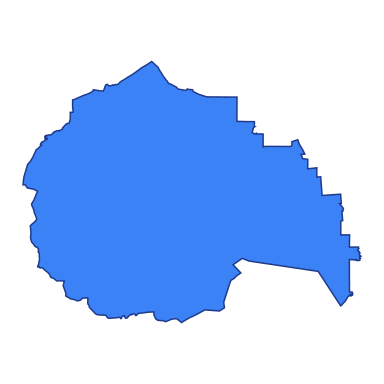 Demenes pag., Daugavpils, Latvia
{"feature_id": "27541924B73785369996962", "entity_name": "Demenes pag.", "entity_type": "district", "adm_level": 2, "iso_a3": "LVA", "parent_name": "Latvia", "parent_adm1": "Daugavpils", "projection": "orthographic", "projection_center": [26.568, 55.742], "detail": "fine", "context": "isolated", "style": "filled", "palette": "blue", "viewbox_px": 384, "rotation_deg": 0, "n_neighbors": 0, "source": "geoboundaries", "source_scale": "gbopen_adm2", "svg_char_len": 5542}
<svg xmlns="http://www.w3.org/2000/svg" viewBox="0 0 384 384"><path d="M45.8,135.5L45.7,135.8L45.9,136.2L45.9,136.3L45.8,136.5L45.5,136.3L45.4,136.1L44.9,136.2L44.8,136.3L44.9,136.5L45.0,136.6L45.1,136.9L45.2,137.2L45.2,137.4L44.9,137.7L44.9,138.2L45.0,138.4L45.2,138.7L45.4,138.8L45.9,138.5L46.2,138.0L46.3,137.9L46.6,137.9L47.0,138.1L47.3,138.4L47.3,138.6L47.2,138.8L46.9,139.1L46.7,139.4L46.4,139.6L46.1,139.2L45.9,139.2L45.4,139.1L45.2,139.1L45.2,139.5L44.9,140.2L44.7,140.7L44.5,140.8L44.2,141.0L43.6,141.2L43.4,141.4L43.3,141.5L43.3,141.8L42.8,142.1L42.5,142.0L42.1,141.9L41.8,142.1L41.6,142.4L41.4,142.8L40.8,143.5L40.5,144.0L40.4,144.7L41.5,145.2L38.8,147.6L37.8,148.7L36.2,149.7L34.9,152.7L33.5,155.6L33.2,156.5L30.4,161.3L27.6,164.5L24.0,176.7L23.5,180.0L23.2,183.1L23.2,184.3L23.0,184.8L25.0,184.7L27.4,188.0L33.0,189.1L33.6,189.2L37.6,191.2L36.4,193.8L34.7,198.1L34.1,199.4L34.1,199.8L32.9,201.7L31.6,203.9L31.6,204.2L32.0,206.0L32.8,207.4L34.0,210.7L33.9,210.9L34.5,213.3L35.1,214.5L36.3,217.5L36.7,219.8L35.9,220.5L34.9,221.6L32.0,224.1L30.3,225.8L30.4,227.3L30.6,228.4L31.0,233.8L30.6,235.9L30.6,238.6L31.4,241.3L31.9,242.4L34.0,244.6L34.6,245.9L34.9,246.4L36.3,247.0L37.3,247.5L38.5,249.0L38.3,252.3L39.2,252.9L39.3,255.4L39.3,256.7L39.5,258.4L39.4,261.0L39.2,261.0L38.8,263.3L38.4,264.9L38.0,265.5L37.7,266.8L38.3,266.8L38.5,266.2L38.9,266.3L38.7,267.1L40.3,268.0L41.1,267.5L42.2,267.8L48.9,273.5L50.1,275.8L50.6,277.1L51.6,277.8L53.4,278.2L53.8,278.5L56.7,280.9L59.7,280.8L64.3,281.0L63.2,285.5L63.2,286.1L63.5,286.6L66.0,293.7L65.9,294.0L65.7,295.1L65.7,295.5L66.1,296.4L66.3,296.5L68.8,297.6L70.1,298.7L75.4,299.9L77.2,300.9L79.9,300.4L80.2,300.3L80.6,300.0L82.6,298.2L87.3,297.8L87.7,297.9L87.9,298.3L87.8,301.2L87.8,303.8L89.2,305.7L89.3,307.3L95.5,313.8L97.6,314.8L105.6,315.3L105.9,315.4L106.1,315.6L107.4,317.6L108.5,318.3L117.5,317.7L118.3,317.2L118.5,317.2L119.5,317.5L120.1,317.8L120.3,317.9L120.8,318.6L121.1,318.5L121.7,318.0L121.7,317.8L121.6,317.5L121.6,317.2L121.9,316.7L122.4,316.3L122.7,316.2L123.0,316.2L123.3,315.9L124.0,315.5L124.3,315.7L125.3,317.9L125.5,318.1L125.9,318.3L126.2,318.2L126.8,318.0L127.4,317.7L127.8,317.3L128.2,316.5L131.0,314.3L131.5,314.7L131.8,314.8L132.6,314.2L133.1,313.9L134.2,313.7L134.6,313.9L135.0,314.2L135.2,314.5L135.4,315.3L135.5,315.5L136.3,315.4L136.7,315.2L138.0,313.5L138.2,313.4L139.2,313.4L148.7,312.1L153.8,312.0L154.1,315.5L155.8,318.9L157.3,320.1L159.1,320.4L160.9,320.6L162.9,320.6L165.7,321.7L171.3,319.3L173.6,318.9L176.3,318.7L177.5,319.3L181.5,322.5L190.4,317.2L192.2,316.6L197.0,314.2L204.9,309.9L219.5,311.0L224.5,307.7L224.2,306.0L223.7,302.3L230.2,282.0L231.0,280.3L234.3,278.3L236.1,276.3L240.8,272.9L233.1,264.7L242.3,258.4L248.9,261.0L262.7,263.1L273.7,264.7L318.2,271.4L340.6,305.8L341.1,305.6L341.8,305.1L342.6,304.0L343.8,302.6L344.5,302.0L345.0,301.5L346.3,299.5L346.9,298.5L347.1,298.0L347.8,296.9L349.7,295.1L350.2,294.5L351.1,294.1L351.3,294.2L351.4,294.3L351.5,294.5L351.3,294.5L351.0,294.4L350.7,294.5L350.6,294.9L350.3,295.0L350.2,295.2L350.1,295.4L349.9,295.7L350.1,295.9L351.3,295.8L352.3,295.3L352.7,294.1L352.7,293.3L352.2,292.1L351.0,292.1L350.8,292.2L350.1,292.0L349.6,291.7L349.4,287.6L349.5,284.4L349.4,277.8L349.4,259.5L350.7,259.4L351.2,259.8L352.2,259.7L353.2,259.8L354.2,259.7L354.9,260.1L355.2,259.7L355.9,259.9L356.3,259.7L356.5,260.2L357.0,260.6L357.3,260.3L357.8,260.5L358.6,260.5L359.8,260.3L359.7,259.0L359.8,258.8L360.1,258.7L360.4,258.5L359.7,257.6L359.6,256.7L360.2,256.7L360.7,256.5L361.0,256.2L360.9,256.1L360.1,255.6L359.4,254.7L359.3,253.6L359.9,253.2L359.3,252.5L359.6,252.1L359.3,251.8L358.8,251.6L358.7,251.3L358.6,250.9L357.5,250.5L357.6,250.1L358.1,249.4L358.9,248.5L358.4,247.8L358.5,247.1L349.4,247.1L349.6,234.9L340.8,234.9L340.8,226.6L340.8,221.1L342.7,220.6L341.9,211.3L343.0,211.0L343.1,209.9L343.2,208.7L343.4,208.4L341.9,206.5L339.5,203.7L341.3,203.5L340.6,194.2L330.0,194.9L322.1,195.5L320.7,176.8L316.8,177.1L316.8,167.8L307.7,168.8L307.8,159.4L305.0,158.9L302.8,158.7L301.0,154.4L304.8,154.1L302.6,149.6L299.6,144.7L297.7,139.7L291.9,141.7L291.9,145.5L290.4,146.5L267.1,146.4L264.5,146.5L263.1,146.9L263.1,134.0L256.7,133.9L256.4,133.2L254.9,134.0L252.1,132.6L253.2,128.8L253.0,128.6L253.6,127.7L253.9,127.3L254.2,127.1L254.5,126.9L254.4,126.9L254.4,121.6L245.6,121.6L244.4,121.5L236.9,121.4L237.0,97.1L207.4,96.9L206.5,96.8L198.7,94.3L196.1,93.0L193.2,91.5L192.6,89.7L189.4,89.5L187.1,89.0L186.4,90.0L186.1,90.2L185.4,90.3L179.4,89.3L178.1,89.1L177.9,88.9L176.4,87.1L173.2,85.4L170.4,84.0L168.3,83.2L167.5,81.4L166.4,80.3L163.5,76.5L162.2,74.4L159.5,70.1L157.6,66.6L157.0,66.4L151.7,61.5L146.7,64.8L140.9,68.2L139.1,69.7L132.1,74.7L127.5,77.4L123.4,80.1L122.0,80.7L119.9,82.3L118.8,83.6L118.5,84.1L116.1,84.7L115.8,84.6L115.0,84.7L113.3,85.3L112.8,84.9L112.2,85.1L111.6,85.5L110.6,85.8L109.2,85.8L108.7,85.7L108.1,85.0L107.3,84.4L106.8,84.4L106.3,84.6L105.5,85.3L105.1,86.3L104.7,87.8L103.8,90.0L103.2,91.1L98.7,90.6L96.1,90.2L93.4,89.7L93.3,89.9L93.3,90.0L93.8,90.2L93.8,90.6L92.5,91.2L92.5,91.3L91.9,91.9L88.2,93.8L85.9,94.6L83.2,95.5L81.9,96.1L74.5,99.4L72.6,99.9L72.6,102.8L72.6,106.8L73.2,112.0L72.8,112.2L70.2,112.4L70.4,114.1L70.1,120.1L68.8,123.5L67.3,123.5L66.9,123.6L65.9,124.3L62.6,127.9L62.5,129.1L61.8,129.4L59.8,130.5L59.4,131.0L58.7,130.5L57.9,130.8L56.6,130.8L54.9,131.6L54.6,132.2L54.2,132.0L53.4,132.5L51.8,134.4L49.6,135.1L48.8,135.0L48.2,134.9L47.9,135.0L47.5,135.5L47.1,135.6L46.8,135.6L46.6,135.5L46.3,135.4L45.8,135.5Z" fill="#3b82f6" stroke="#1e3a8a" stroke-width="1.5"/></svg>